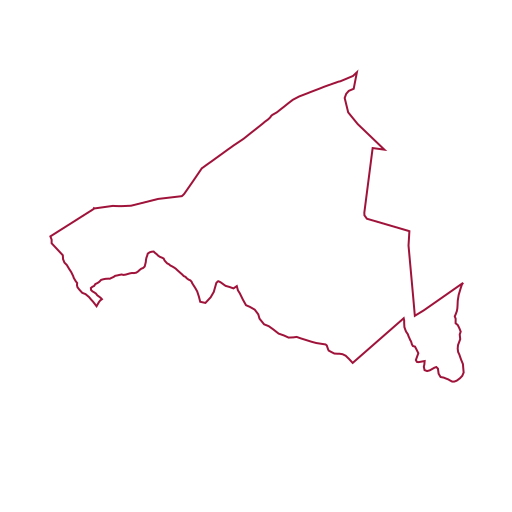 Santa Catarina Yosonotú, Oaxaca, Mexico, rotated 349°
{"feature_id": "50627088B97358550185776", "entity_name": "Santa Catarina Yosonotú", "entity_type": "district", "adm_level": 2, "iso_a3": "MEX", "parent_name": "Mexico", "parent_adm1": "Oaxaca", "projection": "albers", "projection_center": [-97.679, 17.005], "detail": "fine", "context": "isolated", "style": "outline", "palette": "rose", "viewbox_px": 512, "rotation_deg": 349, "n_neighbors": 0, "source": "geoboundaries", "source_scale": "gbopen_adm2", "svg_char_len": 3518}
<svg xmlns="http://www.w3.org/2000/svg" viewBox="0 0 512 512"><g transform="rotate(349 256 256)"><path d="M57.9,197.5L58.5,201.0L57.8,204.5L66.5,218.4L66.0,222.3L66.7,225.9L68.6,228.8L70.1,233.0L71.5,236.4L72.7,240.8L72.9,242.6L74.2,246.3L75.3,248.4L74.7,250.4L74.8,252.6L76.1,255.2L78.4,259.0L81.4,260.9L84.3,264.5L85.7,267.1L87.3,269.7L89.9,274.9L93.0,271.3L94.6,269.9L96.5,269.0L95.5,267.4L94.1,265.8L92.7,264.3L91.7,262.3L90.2,260.8L88.7,259.5L87.6,257.9L87.8,255.9L89.5,255.0L91.4,254.5L92.9,252.9L95.2,252.3L97.3,251.4L99.4,249.9L101.6,249.7L104.0,249.7L106.2,250.0L108.2,250.4L110.0,249.9L112.2,249.4L113.9,248.6L116.3,248.6L118.3,248.5L120.5,248.5L122.3,249.3L124.5,249.4L126.6,249.2L128.8,249.0L130.9,249.0L133.0,249.5L135.3,249.5L137.4,248.6L139.1,247.5L140.9,246.6L143.0,246.2L144.7,245.1L145.7,243.0L146.7,240.8L147.3,238.7L148.2,236.6L149.2,235.0L150.2,233.0L152.3,232.1L154.3,231.9L156.4,232.1L157.4,233.6L158.9,235.3L160.0,237.0L161.5,238.5L163.4,239.7L164.9,240.9L165.4,243.0L166.4,244.7L167.4,246.3L168.9,247.4L170.0,248.9L171.7,250.2L173.2,251.5L174.8,253.1L176.0,254.8L177.3,256.5L178.5,258.1L180.0,260.0L181.2,261.9L182.8,263.0L183.8,264.7L185.3,266.3L186.9,267.4L187.9,269.1L188.2,270.6L189.9,274.9L190.3,275.9L191.5,279.5L192.2,285.0L192.5,290.3L197.4,292.4L203.6,287.9L207.7,283.2L211.9,274.9L213.3,273.9L213.8,273.6L214.3,273.6L216.2,275.0L220.4,279.5L224.0,281.3L227.7,283.5L231.4,281.9L231.7,286.2L233.0,289.6L234.8,296.3L236.8,302.4L240.2,304.7L244.5,308.4L247.1,313.7L247.5,318.2L250.9,324.6L255.1,327.3L258.9,331.3L263.4,336.5L268.2,339.3L272.4,342.3L277.1,343.0L280.5,343.2L284.4,345.5L288.3,347.6L294.2,350.8L298.5,352.9L307.4,356.1L308.4,357.3L308.6,358.8L308.9,361.0L309.3,362.7L311.6,364.6L314.3,366.7L317.0,367.4L319.1,367.8L322.2,368.9L325.0,371.0L327.6,374.7L330.5,379.4L389.1,345.3L389.1,347.9L388.7,349.8L388.1,354.1L388.5,356.9L388.9,358.9L390.1,361.7L390.5,364.3L390.9,365.8L391.3,367.8L391.9,369.4L392.2,372.5L392.8,374.3L394.8,375.3L395.7,378.4L396.8,382.4L395.3,384.9L394.1,386.9L393.1,388.6L393.4,389.7L393.9,390.8L395.4,391.2L401.5,391.3L400.6,394.5L399.6,396.8L399.7,400.2L402.0,401.6L404.8,401.4L409.8,399.7L411.8,399.4L413.1,401.3L412.8,406.4L414.1,410.0L417.1,411.2L418.9,412.4L421.3,413.9L422.6,415.1L424.6,416.7L426.7,417.1L429.2,416.7L432.3,415.2L432.8,415.0L435.6,413.0L437.6,410.0L438.0,406.1L438.5,401.6L437.6,397.1L437.1,393.8L436.8,391.6L436.1,388.8L436.3,385.4L437.3,382.0L440.6,376.6L441.0,371.9L442.5,369.3L441.8,365.6L440.9,362.3L439.1,360.1L440.0,355.7L439.6,353.1L440.7,351.6L442.6,348.5L443.6,346.0L444.4,343.0L445.5,338.4L447.5,332.9L450.7,326.8L452.6,323.4L454.2,321.9L424.5,335.1L410.5,341.3L400.5,345.0L402.3,327.9L407.7,274.9L411.3,260.9L372.0,240.6L370.2,236.8L370.6,234.1L391.1,172.3L402.3,176.1L381.0,145.9L373.9,132.6L373.2,117.8L375.5,114.0L378.6,111.6L383.8,110.5L390.1,94.9L385.5,97.8L380.6,98.8L379.3,99.1L372.0,100.6L370.3,100.6L358.2,102.4L355.0,102.9L350.4,103.8L344.6,104.8L340.6,105.5L337.5,106.1L330.7,107.3L328.9,107.6L321.9,109.7L316.7,112.3L311.6,115.0L308.8,116.4L303.8,119.0L299.0,120.6L297.6,121.4L296.9,122.2L295.6,123.2L293.6,124.4L290.5,125.8L287.7,127.4L282.7,130.0L274.9,134.0L266.1,138.6L261.6,140.5L254.9,143.3L251.7,144.8L249.2,145.9L240.6,149.9L235.2,152.4L230.5,154.6L226.2,156.5L219.5,159.6L208.0,171.0L197.6,181.1L196.9,181.7L195.8,182.4L194.6,183.1L170.8,181.3L142.9,182.8L134.2,181.5L128.6,180.4L125.1,179.5L106.6,178.5L106.1,178.1L105.5,178.9L57.9,197.5Z" fill="none" stroke="#9f1239" stroke-width="2"/></g></svg>